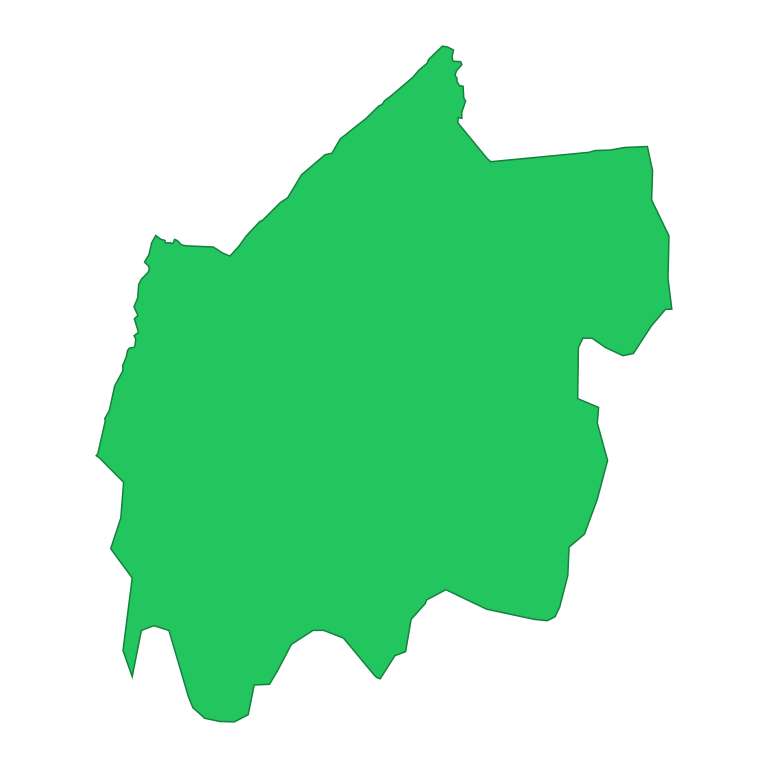 outline of Menchum, Nord-Ouest, Cameroon
{"feature_id": "32672807B61384913593218", "entity_name": "Menchum", "entity_type": "district", "adm_level": 2, "iso_a3": "CMR", "parent_name": "Cameroon", "parent_adm1": "Nord-Ouest", "projection": "mercator", "projection_center": [10.029, 6.605], "detail": "fine", "context": "isolated", "style": "filled", "palette": "green", "viewbox_px": 768, "rotation_deg": 0, "n_neighbors": 0, "source": "geoboundaries", "source_scale": "gbopen_adm2", "svg_char_len": 2074}
<svg xmlns="http://www.w3.org/2000/svg" viewBox="0 0 768 768"><path d="M671.8,309.2L670.8,300.8L668.0,278.5L669.0,235.9L651.6,200.0L652.6,170.9L647.4,146.5L628.8,147.3L624.4,147.5L609.9,150.1L607.8,150.1L595.5,150.5L588.9,152.3L531.8,157.8L490.8,161.7L487.4,158.8L457.9,122.9L458.2,117.6L461.9,118.3L461.7,112.6L465.6,101.0L463.8,98.1L463.1,86.3L462.3,86.1L459.5,85.6L457.0,81.5L457.0,78.4L455.0,75.1L456.6,70.6L461.8,64.8L461.2,62.5L460.3,61.6L453.7,61.3L452.7,60.2L452.1,56.8L453.5,50.0L447.5,47.0L442.4,46.1L428.5,59.6L427.1,63.3L418.7,70.3L413.1,77.0L392.1,95.0L384.5,100.8L382.0,104.6L379.0,105.8L366.1,118.4L355.6,126.7L340.1,139.0L332.0,153.2L325.1,154.7L322.7,156.7L301.6,174.7L289.2,195.2L287.6,197.8L280.2,202.7L262.9,220.0L259.7,221.6L246.5,235.7L238.7,246.5L229.9,256.1L222.0,252.7L221.0,252.0L213.3,247.0L185.9,245.8L181.4,244.8L177.3,240.5L174.5,239.4L173.2,243.0L171.8,243.7L170.2,242.7L165.8,243.0L164.9,240.4L160.8,239.3L155.8,235.4L151.7,242.7L151.2,244.8L149.1,254.2L144.5,262.2L148.6,266.2L149.3,268.7L148.3,272.1L141.4,279.2L138.7,284.3L137.7,297.9L134.0,306.8L137.9,315.4L134.4,318.8L138.5,332.4L134.1,335.6L135.7,339.0L135.0,345.8L133.8,347.4L129.4,348.1L127.6,350.5L126.2,357.1L122.7,365.5L122.9,370.7L114.7,385.9L109.3,410.6L108.8,411.5L104.7,418.7L105.3,420.8L99.2,447.7L97.9,453.4L96.2,455.7L99.0,457.5L112.3,470.9L123.6,482.3L120.8,518.0L110.7,548.7L132.2,578.0L123.0,650.4L132.2,676.6L141.4,630.4L153.7,625.7L168.9,630.4L188.4,696.6L192.8,707.6L204.8,718.3L219.9,721.5L234.2,721.9L238.6,719.7L248.2,714.7L254.2,685.0L269.5,684.3L277.7,670.5L279.9,666.2L291.5,644.3L312.9,630.4L323.6,630.4L343.5,638.1L374.2,675.1L376.7,677.5L380.2,678.8L394.9,655.7L405.6,651.6L411.1,619.4L425.3,603.5L426.5,600.0L445.8,589.7L486.9,609.3L534.4,619.4L547.3,620.7L555.0,616.8L559.6,607.3L567.8,575.5L569.1,547.1L584.5,534.1L597.3,499.2L606.7,463.8L607.6,460.5L597.3,423.0L598.6,407.5L577.7,398.6L578.4,347.6L582.8,338.2L592.1,338.2L605.6,347.6L623.0,355.7L633.4,353.5L651.3,326.0L665.5,309.3L671.8,309.2Z" fill="#22c55e" stroke="#15803d" stroke-width="1.5"/></svg>